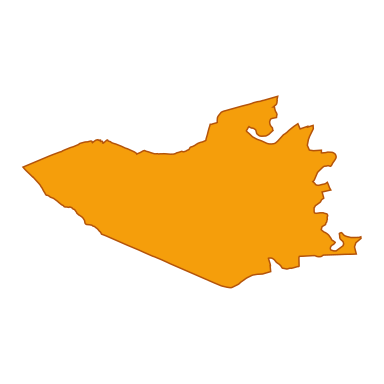 Calui, Olt, Romania (Robinson projection)
{"feature_id": "2599482B47257353667324", "entity_name": "Calui", "entity_type": "district", "adm_level": 2, "iso_a3": "ROU", "parent_name": "Romania", "parent_adm1": "Olt", "projection": "robinson", "projection_center": [24.053, 44.456], "detail": "fine", "context": "isolated", "style": "filled", "palette": "amber", "viewbox_px": 384, "rotation_deg": 0, "n_neighbors": 0, "source": "geoboundaries", "source_scale": "gbopen_adm2", "svg_char_len": 6008}
<svg xmlns="http://www.w3.org/2000/svg" viewBox="0 0 384 384"><path d="M356.3,254.0L354.5,246.9L355.9,242.7L361.0,238.4L360.8,236.8L359.1,237.4L355.0,237.5L350.9,237.5L347.2,236.6L345.1,235.9L343.7,235.0L342.1,233.1L341.2,232.6L339.5,233.3L339.3,233.6L339.7,236.0L339.7,237.2L339.9,238.0L340.1,238.7L340.6,239.4L342.4,241.0L343.1,241.7L343.7,244.0L343.3,244.7L343.2,245.5L342.6,246.1L336.1,250.9L333.8,250.9L331.2,250.1L330.6,249.7L330.4,248.9L330.3,248.2L330.7,246.7L331.1,246.1L332.3,245.0L333.5,244.4L334.4,243.5L334.7,243.0L335.2,242.6L335.1,242.2L334.3,241.7L333.4,240.9L332.5,240.5L331.7,239.8L330.7,237.9L328.6,235.0L327.2,233.8L325.4,232.6L324.3,232.2L322.3,230.7L321.2,229.6L322.1,226.6L325.5,224.6L325.8,223.2L326.7,221.9L326.9,220.4L327.3,219.5L327.3,219.1L327.2,217.9L327.2,216.9L327.6,216.1L327.7,215.5L327.5,214.9L327.0,214.0L326.6,213.8L324.5,213.3L323.2,212.8L320.1,212.8L316.5,213.3L315.1,213.2L314.5,212.7L314.2,212.1L314.1,211.2L314.1,207.7L314.8,206.9L315.4,205.6L316.4,205.0L316.8,204.7L319.8,202.5L320.6,201.7L321.2,200.4L321.5,199.9L322.3,199.2L323.7,198.3L323.6,197.5L322.1,192.0L330.8,190.0L329.7,188.1L329.3,187.2L328.2,184.2L327.3,182.3L325.7,183.5L324.5,184.0L322.3,184.4L318.9,185.3L317.9,185.3L317.1,185.2L316.3,185.0L315.5,184.4L314.7,183.3L312.8,181.6L313.4,181.1L314.3,180.0L317.5,172.5L318.5,171.4L322.5,167.5L323.5,166.7L324.0,166.4L324.7,166.2L326.2,166.1L328.1,165.6L330.4,166.3L331.2,165.8L331.5,165.4L332.8,162.9L334.4,160.7L335.4,159.1L335.9,158.1L336.1,157.4L336.1,156.8L336.1,156.3L335.8,155.4L335.5,154.6L335.1,154.0L333.6,152.9L332.7,152.5L332.0,152.3L327.9,152.1L327.3,152.2L325.7,152.6L322.4,152.9L321.4,152.8L321.4,150.2L313.5,150.7L309.4,150.1L307.3,145.3L308.4,139.6L309.6,136.3L313.3,128.8L313.1,125.4L307.6,127.1L307.7,126.3L300.1,128.9L297.9,123.7L293.9,126.4L291.1,128.6L288.7,130.6L287.1,132.2L284.9,133.9L283.5,134.7L277.6,141.2L275.4,143.1L273.8,143.7L271.3,144.0L269.0,143.9L267.0,143.4L261.6,140.9L256.9,139.2L252.5,136.8L249.2,133.6L246.6,131.4L246.4,130.6L247.3,129.3L248.0,127.9L249.0,126.6L249.9,127.3L250.7,127.7L251.8,128.1L252.7,128.1L254.0,128.6L255.6,129.8L255.9,130.4L256.6,133.2L256.9,133.8L257.9,134.7L259.4,135.8L260.4,136.1L261.8,136.2L265.6,136.0L266.5,135.7L268.8,134.4L272.4,131.0L273.0,130.5L272.8,130.2L272.4,127.8L271.0,126.3L270.2,124.9L269.8,123.6L269.6,121.8L270.3,119.7L271.0,118.8L272.6,118.3L276.5,117.5L276.7,115.6L277.0,114.7L276.6,113.1L275.9,112.0L275.3,110.8L274.6,108.2L274.5,107.2L274.4,107.0L274.1,106.9L273.4,106.9L273.8,106.6L274.8,105.6L275.7,105.0L276.6,103.9L277.0,102.2L277.0,101.5L277.2,100.7L277.1,99.8L277.1,99.0L277.3,98.4L277.7,96.3L263.8,100.3L262.7,100.5L260.2,101.3L257.4,101.7L253.5,102.7L251.9,103.4L249.0,104.3L242.2,106.0L223.9,111.1L222.3,111.7L221.1,112.4L220.0,113.8L218.6,115.5L217.8,116.8L217.4,117.9L217.2,121.1L217.3,122.4L216.6,122.8L212.9,123.8L211.6,124.3L210.6,124.3L210.2,124.3L209.7,126.2L209.0,128.3L208.1,131.6L208.0,132.1L207.7,133.2L207.5,134.2L206.2,138.5L205.9,140.2L205.8,140.4L205.3,140.7L202.5,141.9L200.4,142.4L198.0,143.3L197.3,143.8L196.4,144.2L196.0,144.6L194.6,145.5L192.6,146.5L190.6,147.1L190.2,147.4L189.9,147.9L189.6,148.3L189.2,149.2L188.7,149.7L187.3,150.2L186.7,150.6L185.7,151.2L184.0,151.7L183.5,151.8L183.0,151.8L181.8,151.3L181.5,151.4L178.8,152.3L176.5,152.9L175.4,153.6L173.6,154.1L170.4,154.2L166.9,153.9L163.8,153.7L162.3,153.8L160.0,153.8L158.9,154.0L158.5,154.0L157.7,153.7L155.7,153.8L154.7,153.8L153.8,153.6L151.2,152.8L148.6,151.9L146.0,151.2L144.5,150.5L143.1,150.9L140.1,152.6L137.7,153.6L136.9,154.0L136.9,153.7L136.1,153.1L134.5,152.0L133.5,151.5L127.3,148.7L125.3,148.1L121.5,146.3L116.0,144.1L113.6,143.4L111.7,142.7L111.0,142.2L110.5,141.7L109.1,141.3L108.3,141.1L107.6,140.0L106.9,140.1L106.6,140.3L104.0,142.6L103.1,143.2L102.8,143.0L102.9,142.9L102.8,142.4L102.6,141.7L102.3,141.3L102.2,141.2L101.8,141.2L100.9,141.6L100.6,141.3L100.4,140.8L100.5,140.3L100.5,140.1L100.0,140.0L99.7,140.5L99.4,140.6L99.0,140.3L98.3,140.2L98.0,139.7L96.8,139.9L95.8,140.2L94.3,141.2L92.4,142.7L92.2,142.5L92.2,141.7L92.0,141.4L91.5,141.1L90.9,141.0L88.7,141.5L88.0,141.8L85.1,142.0L83.9,142.3L80.3,143.3L79.3,143.7L78.8,144.4L73.4,146.7L70.4,147.6L65.0,149.8L62.5,150.9L61.5,151.6L59.9,152.0L52.9,154.6L49.6,155.9L23.0,167.1L23.5,167.7L24.4,168.8L25.9,170.4L31.9,176.2L32.7,177.0L32.9,176.9L38.9,183.5L40.2,185.1L41.3,187.0L42.0,187.9L43.0,189.8L43.3,190.5L45.3,193.7L45.5,194.3L46.3,195.2L47.4,195.3L48.5,195.7L49.9,196.8L50.5,197.2L52.9,198.1L53.9,198.6L57.1,201.0L57.8,201.5L58.4,202.2L59.7,203.2L61.5,204.7L63.1,205.5L63.4,205.7L64.2,206.7L64.9,206.9L65.4,207.0L66.7,207.0L68.9,207.4L69.5,207.0L70.3,207.1L71.9,207.7L72.4,208.5L73.5,209.2L74.5,209.5L76.6,212.4L76.8,213.1L77.5,213.8L78.0,214.2L78.8,215.0L79.2,215.1L80.3,215.8L82.1,217.1L83.2,218.3L84.5,220.4L85.0,223.0L85.4,223.7L86.1,224.3L86.6,224.5L89.9,224.8L90.6,225.0L91.6,225.1L92.0,225.3L92.6,225.9L93.1,226.1L93.7,226.3L94.3,226.4L94.6,226.6L95.9,227.7L96.7,228.2L97.8,229.2L99.5,231.3L100.3,231.9L101.2,233.4L101.5,234.1L105.9,235.8L127.1,245.1L138.8,250.0L144.5,252.6L152.7,256.2L154.3,256.7L161.7,259.8L167.4,262.4L169.9,263.6L185.3,270.3L193.6,273.9L214.7,283.1L221.2,285.8L222.6,286.2L226.9,287.2L229.5,287.6L231.0,287.7L232.3,287.3L237.6,284.7L238.8,284.0L241.0,282.0L244.8,279.3L246.2,278.3L247.6,277.5L252.1,275.3L253.1,275.0L257.2,274.3L262.6,274.0L270.7,271.6L270.1,265.6L270.4,265.6L270.2,264.2L268.4,258.3L268.8,258.1L271.0,258.0L271.9,258.2L272.9,258.7L274.4,259.8L276.2,262.1L277.3,263.0L278.7,263.9L279.8,264.8L280.9,266.0L282.1,267.9L282.6,268.2L284.8,268.6L286.7,269.0L287.5,268.9L289.5,268.3L290.1,268.2L291.3,268.3L293.1,267.9L296.2,267.0L297.6,266.6L298.5,266.6L298.9,266.4L299.1,266.0L298.9,257.6L299.3,256.4L300.0,256.3L303.1,256.2L311.7,255.7L314.2,255.6L315.1,255.7L316.7,256.4L317.7,256.6L318.4,256.7L319.7,256.7L320.7,256.6L321.6,256.3L322.8,255.4L323.5,255.1L338.4,254.6L345.2,254.3L352.7,254.2L356.3,254.0Z" fill="#f59e0b" stroke="#b45309" stroke-width="1.5"/></svg>